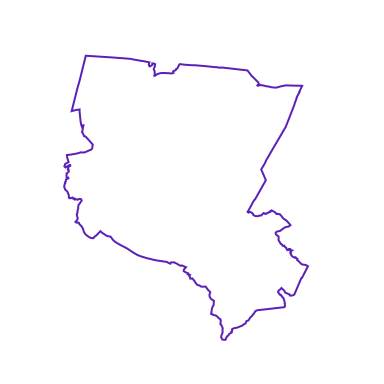 Razboieni, Neamt, Romania (orthographic projection), rotated 261°
{"feature_id": "2599482B74190320354557", "entity_name": "Razboieni", "entity_type": "district", "adm_level": 2, "iso_a3": "ROU", "parent_name": "Romania", "parent_adm1": "Neamt", "projection": "orthographic", "projection_center": [26.546, 47.074], "detail": "fine", "context": "isolated", "style": "outline", "palette": "violet", "viewbox_px": 384, "rotation_deg": 261, "n_neighbors": 0, "source": "geoboundaries", "source_scale": "gbopen_adm2", "svg_char_len": 5856}
<svg xmlns="http://www.w3.org/2000/svg" viewBox="0 0 384 384"><g transform="rotate(261 192 192)"><path d="M303.4,265.8L310.2,241.3L310.4,240.5L310.2,240.2L310.8,237.5L311.3,236.3L312.1,232.7L313.9,226.2L316.9,214.0L317.1,212.2L318.8,205.0L320.2,200.0L319.9,199.4L316.5,197.0L316.1,196.5L315.9,195.5L314.9,195.0L314.5,193.9L314.6,193.0L314.3,192.5L313.8,192.1L312.9,192.1L312.5,192.3L312.3,191.6L312.3,190.4L314.0,182.7L314.3,180.0L314.3,178.8L314.0,177.6L314.0,176.7L313.8,175.9L312.9,174.2L312.6,173.1L312.8,172.9L313.5,173.4L314.1,173.6L317.2,174.0L318.2,173.6L319.1,173.4L320.2,173.8L322.0,175.1L323.0,175.2L324.0,175.6L324.7,174.8L325.2,173.2L325.2,172.9L323.7,172.7L322.7,170.3L322.8,169.6L324.7,169.3L325.2,169.7L325.9,169.7L326.7,170.2L327.4,168.5L328.9,164.4L329.6,162.0L332.3,154.1L333.1,152.3L337.3,134.6L343.2,108.4L319.5,98.4L312.5,95.1L290.7,85.8L291.1,89.6L291.1,93.9L288.7,93.5L279.0,93.0L275.7,93.1L273.6,93.5L275.0,94.0L274.9,95.2L268.9,93.1L268.2,92.7L267.3,93.3L266.3,93.6L264.1,94.1L263.8,94.4L263.7,95.1L263.4,95.6L254.4,101.4L250.6,100.2L249.6,98.9L248.9,95.9L248.2,93.4L247.9,91.6L248.3,89.1L248.6,88.6L248.2,86.2L248.0,83.5L247.9,78.1L248.1,74.3L245.3,74.1L240.9,74.8L239.5,71.1L237.8,70.4L237.5,70.0L236.9,70.2L236.0,71.0L236.4,71.7L237.9,75.6L237.7,75.9L236.9,75.9L236.7,75.0L236.1,74.0L235.0,73.3L234.0,73.3L233.9,73.0L233.6,72.9L233.2,73.1L233.1,73.6L231.6,73.6L231.1,73.1L229.9,71.0L228.5,70.9L228.0,70.6L226.2,70.4L225.5,71.2L225.6,72.0L225.0,72.1L224.9,71.6L224.4,71.1L224.1,69.6L223.5,69.2L222.2,69.1L221.5,68.2L221.3,68.0L220.8,67.9L220.4,68.1L220.1,67.7L219.2,67.3L217.4,66.6L216.8,66.6L216.5,66.8L214.7,66.9L214.1,67.2L212.0,68.9L207.8,69.9L205.8,69.5L205.1,69.9L205.1,70.5L204.8,71.0L205.2,73.2L203.8,73.8L204.0,74.8L203.0,74.9L203.1,76.1L202.7,76.4L202.7,77.4L202.3,77.8L202.8,79.9L202.4,81.1L201.6,81.6L200.7,81.7L199.0,79.9L198.3,79.5L197.6,78.5L196.9,77.9L194.5,77.1L193.7,77.1L191.7,76.1L189.0,75.5L187.9,74.6L183.8,75.0L182.1,74.0L181.6,73.5L180.7,72.2L180.0,72.8L179.5,74.5L179.5,75.0L179.3,75.5L178.2,75.6L175.1,77.7L172.7,78.6L172.0,78.6L169.1,79.1L168.1,79.5L166.3,80.6L164.6,82.2L162.4,84.9L161.8,87.4L162.9,88.5L163.6,89.7L163.7,90.2L167.6,95.4L165.8,96.8L162.0,101.0L161.6,101.8L160.7,104.5L156.7,106.7L155.0,108.1L153.7,109.5L150.7,113.2L147.8,117.2L145.9,119.6L141.9,123.9L138.9,127.5L138.2,128.5L136.3,131.7L134.6,135.2L133.4,137.8L132.2,140.9L131.3,142.8L129.7,147.1L126.9,156.1L126.7,156.5L125.5,157.8L124.6,159.3L125.7,160.1L125.4,163.2L123.4,166.0L121.5,168.2L121.1,169.0L120.9,169.9L121.1,170.4L118.7,174.3L117.1,172.3L116.2,171.7L115.2,171.4L114.6,172.0L113.2,173.9L112.3,175.5L112.0,175.8L111.5,175.8L111.5,175.2L111.3,175.0L110.4,176.0L110.2,176.5L110.2,176.9L109.1,176.2L107.7,176.8L106.8,176.7L106.5,177.9L106.6,178.8L104.1,180.3L102.9,180.9L102.2,181.0L101.2,181.7L99.7,182.4L98.8,183.8L98.7,184.6L97.1,186.3L96.8,187.6L96.5,190.3L96.3,190.9L94.5,191.6L92.7,192.6L91.1,193.8L90.2,194.3L89.5,194.2L88.8,193.6L87.3,193.1L86.5,193.0L85.0,193.3L83.0,194.4L81.2,196.6L78.2,195.9L77.1,195.8L75.4,194.3L73.1,193.2L69.8,192.3L68.5,191.8L68.3,192.1L68.0,193.2L67.3,193.7L66.9,194.5L66.3,196.2L64.6,197.8L63.6,198.4L62.4,199.4L62.0,200.1L60.2,200.3L57.4,199.4L56.8,199.5L56.7,199.9L53.3,200.9L52.4,201.0L51.3,200.6L48.3,200.2L45.5,198.5L44.0,198.1L41.7,198.8L41.2,199.8L40.8,201.9L43.8,203.9L44.7,205.5L46.0,206.6L46.5,208.0L46.9,208.8L47.0,209.2L47.9,209.0L48.2,209.6L48.8,210.0L50.1,210.0L50.6,210.9L50.9,212.6L51.0,215.5L52.2,220.8L53.2,222.4L53.5,223.6L54.3,224.7L55.9,225.5L56.4,227.7L59.1,230.1L59.9,231.5L63.1,234.9L64.3,235.8L65.0,237.8L63.8,265.2L64.2,265.7L64.9,266.0L66.5,266.1L67.2,266.3L67.6,266.1L68.2,266.3L70.0,266.2L71.0,265.9L72.5,265.9L74.0,264.9L74.6,264.8L74.8,264.4L75.3,264.3L75.9,263.8L76.6,263.6L76.9,263.2L76.7,262.9L77.9,262.1L79.4,261.7L79.7,261.3L81.0,261.9L82.2,264.2L83.2,265.3L80.0,267.8L78.9,268.0L78.0,268.4L75.5,272.4L74.5,272.4L74.0,274.6L74.7,277.0L89.7,286.4L90.0,287.2L100.5,294.9L101.9,293.3L102.3,292.4L102.9,290.3L103.6,288.9L107.5,286.1L108.4,285.2L109.4,285.7L110.0,285.0L110.8,284.4L110.6,284.3L110.8,283.6L111.3,283.7L111.3,283.1L111.8,282.0L112.5,281.2L113.9,280.3L114.6,280.1L116.2,280.0L116.3,280.2L116.9,280.2L117.1,280.1L117.0,279.7L118.1,280.0L118.3,281.2L118.6,281.7L118.9,280.9L119.5,280.4L120.2,280.2L120.2,279.7L120.6,279.2L120.6,278.8L120.4,278.5L119.9,278.7L119.6,278.3L119.7,277.0L120.3,277.0L121.6,276.2L122.3,276.3L123.4,275.0L124.5,274.8L124.4,273.5L125.0,272.9L125.9,272.8L126.9,271.5L127.3,271.6L128.1,271.0L129.0,270.8L130.1,270.2L131.4,269.9L132.4,270.3L134.2,270.6L134.5,270.5L135.9,269.2L136.3,269.1L136.6,268.5L136.9,268.3L137.7,268.1L138.5,268.2L139.2,268.8L139.6,269.8L139.8,273.0L140.3,273.8L142.3,277.7L142.8,279.6L142.8,281.8L143.3,283.2L143.9,284.1L145.4,283.2L146.3,282.6L148.3,281.3L148.7,280.9L149.2,280.7L150.8,278.7L151.7,278.0L155.3,276.0L155.9,275.4L156.1,275.4L156.9,273.9L156.8,273.5L157.0,273.1L157.1,271.9L158.5,271.3L161.2,268.1L161.4,267.6L160.4,266.7L160.8,266.3L160.0,265.5L159.8,264.1L159.5,263.9L159.5,263.3L158.9,261.9L158.8,261.1L159.4,260.7L159.5,259.9L160.0,259.6L160.0,259.4L157.9,256.5L158.1,255.5L158.2,254.6L157.8,253.8L158.2,251.3L158.4,250.6L159.6,249.0L160.6,249.0L161.9,248.0L163.0,246.8L163.2,246.2L163.3,245.5L162.8,244.8L163.6,243.8L166.8,246.4L172.7,250.8L174.5,252.5L174.7,253.0L192.1,266.8L203.5,263.9L209.6,269.0L209.9,269.2L210.2,269.2L212.0,270.4L214.2,272.3L216.4,274.0L241.7,294.8L261.7,306.5L264.4,307.8L268.6,310.2L269.0,310.1L273.8,313.8L274.0,313.5L279.6,317.4L279.8,316.7L281.8,305.6L282.3,303.4L282.7,300.6L282.6,300.3L282.4,295.5L281.9,292.0L282.2,289.9L283.0,287.0L284.3,283.9L284.6,282.5L286.2,278.8L286.6,276.9L287.2,276.4L287.2,275.9L286.5,274.0L287.0,273.3L288.1,274.6L289.0,274.8L289.8,274.7L297.2,269.2L303.4,265.8Z" fill="none" stroke="#5b21b6" stroke-width="2"/></g></svg>